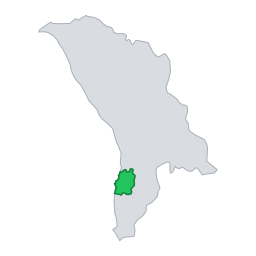 Cantemir highlighted on a map of Moldova
{"feature_id": "MDA-1631", "entity_name": "Cantemir", "entity_type": "District", "adm_level": 1, "iso_a3": "MDA", "parent_name": "Moldova", "parent_adm1": "", "projection": "mercator", "projection_center": [28.284, 46.256], "detail": "fine", "context": "in_parent", "style": "filled", "palette": "green", "viewbox_px": 256, "rotation_deg": 0, "n_neighbors": 0, "source": "natural_earth", "source_scale": "10m", "svg_char_len": 2691}
<svg xmlns="http://www.w3.org/2000/svg" viewBox="0 0 256 256"><path d="M38.9,32.0L39.9,29.4L50.4,22.3L53.1,23.5L58.6,23.7L69.8,23.5L75.3,18.8L78.7,20.1L81.5,18.0L86.1,15.4L86.7,15.9L87.3,16.3L94.5,17.5L99.8,20.1L103.4,24.0L107.1,26.4L110.9,27.3L113.0,29.3L113.5,32.2L117.0,33.7L123.7,33.6L126.6,35.6L125.6,39.5L126.2,40.8L128.6,39.5L130.4,40.6L131.4,43.5L132.5,44.9L135.9,40.4L139.5,40.8L148.2,42.7L152.9,52.1L155.8,55.5L158.4,56.9L161.6,55.4L164.4,53.6L166.1,54.5L169.6,60.7L170.4,68.8L170.4,72.1L169.2,77.6L167.4,83.4L166.0,87.2L166.6,90.3L167.8,92.9L169.9,93.7L176.7,98.9L179.2,102.4L182.9,105.1L185.7,105.2L187.1,106.7L187.6,108.5L187.2,113.1L185.7,117.4L185.9,120.1L188.3,123.4L188.6,127.2L188.8,129.6L190.1,131.5L196.3,135.6L204.3,139.6L206.3,143.1L207.6,147.4L207.2,154.7L206.7,161.1L217.1,169.6L216.0,171.2L214.3,173.0L204.3,174.3L202.3,175.0L197.9,168.6L195.6,167.7L193.5,170.1L190.9,171.4L187.9,170.8L184.7,168.8L183.0,167.4L181.7,167.2L179.7,168.6L177.0,168.0L175.2,166.4L172.7,171.9L171.1,173.0L170.1,172.9L169.9,163.6L169.2,162.2L167.2,162.0L162.3,164.2L157.6,167.0L156.0,169.6L156.2,174.1L156.9,179.5L160.0,187.8L158.3,191.3L157.1,197.0L152.1,202.2L146.5,205.3L146.0,211.5L142.9,215.7L137.5,219.9L133.9,225.0L134.8,228.5L135.0,231.8L134.4,234.0L134.3,235.8L132.9,236.5L124.7,237.2L122.4,238.2L119.8,240.6L117.2,236.1L114.6,232.0L112.8,229.9L113.5,228.9L115.6,227.8L117.1,226.4L116.9,221.6L115.8,216.1L114.8,213.4L114.7,209.2L114.0,202.7L115.0,190.5L119.1,175.2L121.4,167.6L120.3,163.4L121.1,153.6L119.4,148.7L116.6,142.4L112.6,128.5L107.7,123.7L101.5,118.4L98.9,114.4L97.2,109.9L93.5,105.5L89.4,101.5L84.4,91.4L81.8,86.8L81.0,85.5L75.3,79.0L72.3,73.1L70.8,68.3L69.9,63.8L65.9,54.9L62.3,48.2L58.8,43.4L57.2,40.0L53.2,35.7L47.4,32.3L43.7,31.7L38.9,32.0Z" fill="#d9dde1" stroke="#a8b0b8" stroke-width="1"/><path d="M114.6,193.3L115.4,190.8L115.7,189.0L116.3,187.3L116.1,186.6L115.8,186.1L115.5,185.7L114.6,184.2L114.5,183.5L115.1,183.3L115.7,183.1L115.8,182.7L115.6,181.5L115.8,180.9L116.3,180.7L116.9,180.5L117.4,180.2L118.0,179.6L118.7,178.1L118.8,177.9L118.7,177.0L118.5,175.5L118.6,174.9L119.2,174.7L119.5,174.4L119.8,172.2L120.1,171.8L120.5,171.7L120.6,171.8L121.6,172.2L122.5,171.6L123.2,170.4L124.3,170.1L125.2,169.6L126.1,169.8L126.1,170.5L126.1,171.4L128.1,172.2L129.8,170.7L130.0,169.4L130.7,168.8L131.9,168.9L132.9,169.4L133.2,170.9L132.3,172.1L132.6,173.4L134.9,175.2L135.0,176.8L134.4,178.9L134.0,181.1L134.4,183.3L134.3,185.4L132.9,187.0L131.5,188.3L130.8,189.6L131.5,190.8L131.6,192.1L131.3,193.6L128.9,194.5L126.5,194.4L124.5,192.9L122.5,192.9L121.9,194.2L121.1,195.1L119.2,194.2L116.8,194.1L114.6,193.3Z" fill="#22c55e" stroke="#15803d" stroke-width="1.5"/></svg>